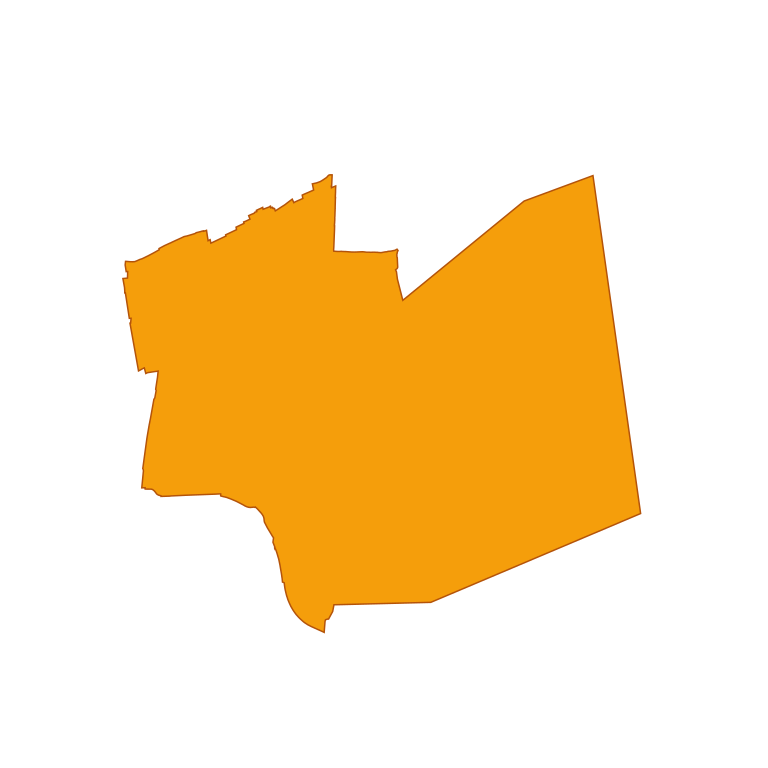 outline of Hoorn, Noord-Holland, Netherlands, rotated 285°
{"feature_id": "6326949B50247401451622", "entity_name": "Hoorn", "entity_type": "district", "adm_level": 2, "iso_a3": "NLD", "parent_name": "Netherlands", "parent_adm1": "Noord-Holland", "projection": "robinson", "projection_center": [5.073, 52.632], "detail": "fine", "context": "isolated", "style": "filled", "palette": "amber", "viewbox_px": 768, "rotation_deg": 285, "n_neighbors": 0, "source": "geoboundaries", "source_scale": "gbopen_adm2", "svg_char_len": 5943}
<svg xmlns="http://www.w3.org/2000/svg" viewBox="0 0 768 768"><g transform="rotate(285 384 384)"><path d="M384.8,640.1L639.4,531.9L597.0,472.0L469.7,380.5L488.8,369.8L495.6,367.0L497.3,365.6L498.8,366.7L499.3,366.9L499.5,366.9L499.8,367.0L500.0,367.0L500.4,367.0L509.5,364.1L509.9,363.7L511.7,363.1L512.4,362.9L513.1,362.8L513.7,362.9L514.1,362.8L514.8,362.7L515.8,362.8L516.2,363.0L516.6,363.0L517.1,362.3L517.6,361.7L517.0,361.0L516.6,360.7L516.3,360.4L515.9,359.8L515.6,359.2L514.3,356.6L514.2,356.3L513.8,355.5L513.7,355.0L513.3,354.1L513.3,353.8L513.2,353.6L512.4,352.4L511.9,350.9L511.7,350.5L510.9,348.8L510.7,348.4L510.5,348.0L510.3,347.5L510.1,347.1L510.0,346.6L509.9,346.1L509.5,344.0L509.5,343.5L509.3,342.9L508.9,341.0L508.7,340.1L507.7,336.8L507.4,335.3L506.8,333.1L506.4,330.1L506.1,328.7L504.3,323.0L503.8,321.3L503.2,319.0L502.7,316.5L502.0,312.7L501.7,311.5L501.2,309.3L501.1,308.5L500.5,306.7L500.0,304.8L499.7,303.3L499.3,301.1L500.6,300.6L503.2,300.1L516.0,297.2L520.1,296.3L523.4,295.5L523.3,295.4L524.1,295.1L524.7,295.0L525.1,294.9L525.6,294.8L526.9,294.6L528.1,294.3L528.8,294.2L531.3,293.6L531.8,293.4L533.5,293.1L534.3,292.9L538.2,292.0L539.2,291.8L539.7,291.6L540.6,291.5L541.6,291.2L542.8,290.9L546.2,290.1L548.7,289.5L549.5,289.3L550.5,289.1L551.0,289.0L550.9,288.9L552.0,288.6L552.7,288.4L555.1,287.9L555.5,287.8L555.9,287.7L556.5,287.6L559.2,286.9L560.6,286.6L562.0,286.3L562.5,286.2L562.8,286.1L560.0,282.5L561.4,281.9L561.6,282.2L572.6,279.8L572.3,278.5L571.9,277.3L571.6,276.8L571.1,276.4L570.3,275.9L569.2,275.4L568.3,274.8L566.2,273.0L565.4,272.3L564.2,271.2L563.8,270.8L563.0,270.0L562.3,269.0L561.4,267.7L560.7,266.7L559.9,265.1L559.2,263.8L559.0,263.5L558.8,263.0L553.1,265.8L548.4,259.9L546.5,257.5L545.3,256.1L542.2,257.6L540.2,255.1L538.2,252.6L536.9,251.0L536.6,250.7L536.1,250.3L535.8,250.0L538.8,247.5L533.8,243.6L532.6,242.7L531.3,241.7L531.2,241.6L530.1,240.6L529.7,240.2L526.7,237.5L523.6,234.7L523.1,234.2L524.9,233.0L525.1,232.9L525.1,232.7L524.9,232.4L524.9,232.2L525.1,232.1L525.3,231.9L525.0,231.5L524.8,231.3L524.8,231.2L525.7,230.5L525.3,229.9L525.5,229.8L524.9,229.0L526.4,228.3L526.1,227.9L525.8,228.0L522.8,223.8L521.5,222.0L523.2,221.1L522.0,219.7L521.2,218.8L520.6,218.0L519.3,216.5L518.7,215.8L517.6,216.5L517.0,215.6L516.6,215.0L516.4,214.7L516.2,214.6L515.7,214.6L515.1,214.1L513.6,212.1L511.6,209.7L508.5,211.9L507.6,210.8L507.4,210.5L506.5,209.5L505.5,208.3L505.2,207.9L504.2,206.5L502.9,207.2L500.1,203.9L497.2,200.5L494.9,201.6L492.0,198.2L488.6,194.2L487.2,192.5L487.1,192.4L486.5,192.7L486.2,192.8L486.0,193.0L480.8,186.9L475.6,180.8L475.5,180.5L475.3,180.3L478.4,178.7L477.3,177.4L476.9,177.0L481.4,175.0L485.8,173.1L486.3,172.9L486.1,172.6L486.3,172.5L486.2,172.4L485.4,171.2L484.8,170.1L485.2,170.0L484.6,168.8L484.2,168.1L483.9,167.7L483.3,166.6L481.9,164.1L481.6,163.5L481.5,163.4L480.5,162.6L480.3,162.3L480.1,162.0L477.3,157.5L476.5,156.2L475.9,155.2L475.7,154.8L475.3,154.0L474.7,152.8L472.4,150.1L470.1,147.3L469.1,146.1L468.9,145.8L468.2,145.0L467.2,143.8L465.6,141.9L465.0,141.3L464.7,140.8L461.8,137.3L461.4,136.8L460.8,136.1L456.6,131.6L455.5,132.1L452.7,129.3L450.6,127.1L446.7,122.9L445.6,121.6L444.0,119.8L442.9,118.5L442.3,117.8L441.8,117.0L441.1,115.9L439.2,113.6L438.0,112.0L437.6,111.4L437.3,110.4L437.0,109.5L436.8,108.7L436.5,107.6L435.7,103.0L435.6,102.6L432.4,103.1L431.9,103.2L425.8,105.9L426.0,106.4L426.2,106.8L426.3,107.3L424.6,107.7L423.0,108.1L419.9,108.8L418.3,104.5L410.0,108.4L406.8,109.5L404.9,110.0L405.1,110.6L381.5,121.0L382.0,122.7L377.2,123.5L377.0,122.9L333.1,143.5L334.2,144.7L336.3,146.9L336.4,147.0L337.5,148.3L332.5,151.2L333.4,152.2L333.7,152.7L333.9,153.0L336.7,159.4L337.5,161.4L338.0,162.5L331.7,163.5L326.1,164.1L319.9,164.8L319.6,164.9L319.0,165.5L318.8,165.6L311.5,166.2L311.2,166.2L310.9,166.1L310.6,166.0L310.0,165.8L309.6,165.7L290.8,167.3L283.5,167.8L273.6,168.7L269.7,169.1L239.8,172.9L239.4,173.3L238.8,173.7L238.1,174.0L237.5,174.2L237.3,174.2L221.0,176.9L222.0,180.1L220.8,180.3L220.7,180.4L220.7,180.5L222.1,186.0L222.2,186.5L222.2,187.5L222.1,187.9L221.9,188.4L221.7,188.9L221.5,189.4L221.2,189.9L220.9,190.3L220.6,190.8L220.2,191.3L219.8,191.8L219.4,192.3L219.1,192.7L218.8,193.2L218.6,193.7L218.5,194.2L218.3,195.0L218.3,197.5L217.7,197.7L220.3,206.2L220.7,207.1L225.3,221.5L234.1,250.0L234.8,252.1L235.6,254.7L235.4,254.8L233.9,255.1L233.7,255.2L233.6,255.3L233.6,256.0L233.6,257.0L233.6,257.9L233.7,259.8L233.7,260.7L233.7,261.7L233.6,262.6L233.4,264.7L233.2,266.6L232.8,269.3L232.7,270.2L232.4,272.0L232.0,273.9L231.8,274.8L231.6,275.7L231.4,276.6L230.8,279.3L230.5,280.4L230.3,280.9L230.2,281.6L230.0,282.8L229.9,283.6L229.9,284.3L229.9,285.4L230.1,286.5L230.1,286.8L230.3,287.2L230.4,287.5L231.0,289.2L231.3,289.9L231.4,290.2L231.4,290.5L231.4,291.1L231.5,291.2L231.9,291.6L231.8,291.8L231.6,292.0L231.4,292.5L231.2,292.9L230.8,293.7L227.3,299.1L226.8,299.7L226.3,300.3L225.2,301.5L224.2,302.2L223.0,302.9L220.8,303.7L219.6,304.3L215.2,308.3L214.6,308.9L214.4,309.1L209.2,314.5L208.4,315.3L206.8,317.1L202.4,317.7L198.0,320.9L197.4,320.7L196.2,321.5L196.6,321.8L196.4,322.0L195.8,322.4L195.3,322.8L193.5,324.0L192.1,324.9L190.1,326.1L188.5,327.1L187.5,327.7L181.9,330.5L179.0,331.8L174.7,333.8L172.9,334.6L171.0,335.4L169.9,335.9L166.4,337.2L166.2,338.9L166.1,339.1L164.2,339.8L161.4,341.0L159.5,341.9L156.9,343.3L154.9,344.4L153.9,345.0L152.6,345.9L151.4,346.6L150.3,347.4L149.0,348.4L147.6,349.5L146.3,350.6L145.2,351.5L143.7,353.0L142.1,354.6L140.2,356.8L138.6,358.8L137.7,360.2L136.7,361.7L135.7,363.4L134.9,364.9L134.3,366.1L133.4,367.9L132.8,369.4L132.3,371.0L132.0,371.9L131.8,372.4L131.5,373.8L131.2,375.2L130.9,376.5L130.4,379.7L130.2,380.7L129.1,387.7L128.6,390.5L139.4,388.5L141.1,388.5L141.3,388.7L142.4,390.5L142.5,390.7L142.6,391.1L142.6,391.3L149.7,393.0L150.1,393.1L151.0,393.3L157.8,392.8L185.2,485.7L325.3,665.4L384.8,640.1Z" fill="#f59e0b" stroke="#b45309" stroke-width="1.5"/></g></svg>